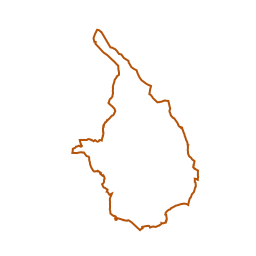 outline of Odorheiu Secuiesc, Harghita, Romania, rotated 258°
{"feature_id": "2599482B50966601311858", "entity_name": "Odorheiu Secuiesc", "entity_type": "district", "adm_level": 2, "iso_a3": "ROU", "parent_name": "Romania", "parent_adm1": "Harghita", "projection": "robinson", "projection_center": [25.322, 46.315], "detail": "fine", "context": "isolated", "style": "outline", "palette": "amber", "viewbox_px": 256, "rotation_deg": 258, "n_neighbors": 0, "source": "geoboundaries", "source_scale": "gbopen_adm2", "svg_char_len": 5685}
<svg xmlns="http://www.w3.org/2000/svg" viewBox="0 0 256 256"><g transform="rotate(258 128 128)"><path d="M230.5,118.2L226.5,115.1L223.3,113.1L222.9,113.0L222.6,112.9L221.9,112.9L220.4,113.1L219.3,113.0L218.8,114.3L217.8,113.9L217.0,114.0L216.9,113.8L216.7,113.9L213.0,116.2L207.8,119.2L206.6,120.1L203.5,123.0L198.6,126.3L196.8,127.6L195.6,128.5L192.3,130.4L191.0,131.4L187.3,130.8L185.3,130.8L183.9,130.7L182.8,130.4L182.1,130.3L181.7,130.0L181.1,128.2L180.5,127.9L180.2,127.3L179.3,126.6L178.6,125.8L177.6,124.8L177.3,124.7L176.2,124.3L174.4,123.3L173.8,122.9L172.7,122.3L171.6,122.0L170.6,121.5L170.0,121.6L166.9,120.7L165.8,120.7L165.0,120.5L163.9,120.0L163.4,119.7L162.2,119.4L161.8,119.0L161.2,118.4L160.8,117.8L160.4,117.4L160.3,116.9L160.0,116.4L159.4,115.9L159.2,115.7L158.3,115.2L157.7,115.0L157.3,114.8L156.6,114.1L156.1,114.3L155.2,114.9L154.8,115.4L154.1,115.7L152.5,117.1L151.2,117.8L150.8,118.0L150.3,118.4L149.0,119.0L148.0,118.8L147.2,119.1L146.8,118.9L146.5,118.6L145.7,118.1L145.3,117.5L144.2,116.9L143.6,116.2L143.4,115.7L143.4,114.9L142.8,114.0L141.0,111.6L140.8,111.3L140.8,110.9L140.5,110.5L140.0,110.0L139.6,109.4L139.9,109.0L138.4,107.8L138.3,107.5L138.3,106.9L137.5,106.3L136.4,105.2L135.5,105.0L135.5,104.4L134.8,104.2L134.6,104.4L133.8,104.3L133.2,103.5L132.0,103.3L130.9,103.0L129.9,103.1L129.3,102.7L128.8,102.9L128.1,103.0L127.4,102.6L126.8,102.4L126.4,102.2L125.6,102.0L125.4,101.6L125.0,101.6L124.6,101.4L123.2,100.5L121.2,99.7L121.7,98.9L122.0,98.2L122.1,97.7L121.9,97.3L121.3,96.8L121.0,96.2L120.9,95.6L121.2,95.0L121.6,94.5L123.0,93.3L122.3,91.8L122.5,91.7L122.9,90.9L123.5,90.1L123.8,89.7L123.9,89.8L124.3,89.3L124.7,88.5L124.9,88.3L125.2,87.5L125.4,86.6L125.3,86.3L125.0,85.8L124.9,85.5L125.0,84.2L125.2,83.4L125.5,82.7L125.6,81.4L125.8,80.7L126.2,79.2L126.3,78.3L125.4,78.3L124.1,78.4L123.4,78.4L121.5,78.6L121.0,78.7L120.1,79.2L119.7,78.9L119.5,78.2L119.7,77.7L119.8,77.5L120.7,76.7L120.9,75.8L120.6,75.2L120.5,74.3L120.6,73.6L120.5,73.2L120.1,72.8L119.8,72.5L119.5,71.7L119.5,71.4L119.4,71.0L119.0,70.1L119.1,69.7L117.2,69.2L115.2,68.4L114.4,71.7L114.1,72.8L114.2,74.8L114.0,77.5L113.4,78.4L113.3,79.7L110.7,80.9L109.3,81.5L108.9,82.1L108.2,83.5L107.7,83.7L107.0,83.8L104.3,83.4L103.7,83.4L102.7,83.6L100.7,83.4L98.6,83.6L96.9,83.9L93.4,85.1L92.5,85.9L92.4,86.6L92.3,88.4L91.9,89.0L92.4,89.6L90.2,91.8L90.0,91.2L88.6,91.5L88.6,92.1L87.3,92.5L87.2,93.0L86.8,93.7L86.2,93.6L86.0,94.0L86.1,93.9L86.5,94.1L86.3,94.2L85.8,94.4L83.9,94.7L83.2,94.6L83.1,94.3L82.7,94.0L79.8,93.1L79.3,92.6L78.9,92.0L78.5,91.6L78.4,91.0L76.5,91.3L74.9,91.8L74.3,92.9L72.2,94.9L71.9,95.2L70.2,94.0L70.1,94.4L69.5,94.8L68.9,95.1L68.2,95.3L66.6,95.9L66.7,96.6L67.2,98.6L65.4,97.4L64.3,96.6L62.6,95.6L61.0,95.2L59.1,95.1L58.7,94.9L58.3,94.7L56.9,94.5L53.9,93.9L52.4,93.3L50.6,93.4L49.3,93.2L48.2,93.1L47.8,93.1L45.5,95.1L44.3,96.5L44.6,96.8L43.9,97.6L42.8,97.9L42.5,97.9L42.0,98.0L41.7,97.5L42.3,97.3L42.3,97.2L41.9,96.5L41.0,96.7L41.1,97.1L40.9,97.4L40.6,97.5L40.8,98.0L41.3,98.1L41.5,98.1L41.9,99.2L41.3,100.2L38.7,105.0L38.6,104.9L38.0,106.6L37.6,107.3L37.5,107.8L37.5,108.2L37.7,108.6L37.6,109.4L34.9,112.0L25.6,118.5L26.5,119.9L26.8,121.4L27.5,121.4L27.9,121.2L28.2,121.2L28.3,121.9L28.3,123.9L28.3,125.0L28.2,126.3L28.2,126.6L28.1,127.4L27.9,127.9L27.7,128.4L26.1,128.9L26.3,129.3L26.2,129.6L26.3,130.2L26.5,131.1L26.4,131.3L26.3,131.6L26.3,132.1L26.3,132.5L26.1,133.1L25.8,133.6L25.6,134.1L25.5,134.6L25.5,135.0L26.2,137.6L26.0,138.0L26.5,139.1L26.7,139.4L27.2,140.6L27.5,140.9L28.0,141.0L27.9,141.1L27.4,143.0L27.7,144.0L27.6,145.3L28.0,145.4L28.2,145.5L28.2,145.4L29.3,145.9L29.1,146.2L30.8,147.0L35.2,147.3L35.6,146.5L36.5,147.0L37.3,147.3L38.0,148.2L38.8,149.4L39.6,151.1L39.5,152.1L40.3,153.2L40.5,153.2L41.2,155.7L41.7,157.4L42.0,158.2L42.1,158.9L42.1,160.2L42.6,164.5L42.3,165.8L42.4,166.2L42.5,166.7L41.8,168.8L41.5,169.3L41.2,169.8L40.2,170.9L43.5,172.3L46.4,173.9L46.5,174.1L46.8,174.4L46.9,174.9L50.0,176.8L51.5,179.0L53.0,179.9L55.9,181.3L56.1,181.7L56.6,182.1L57.3,182.4L57.9,182.4L60.6,182.7L61.2,182.2L61.5,182.1L64.2,182.8L64.5,182.8L64.3,183.5L63.9,184.2L63.0,185.2L63.3,185.3L63.1,185.6L64.4,185.9L65.6,186.5L66.8,186.4L71.9,187.6L72.2,187.0L73.1,186.2L74.2,184.7L74.5,184.9L75.1,184.2L76.0,183.6L77.9,184.3L77.7,184.5L81.7,186.2L82.0,186.0L82.2,185.7L82.4,185.7L83.5,184.6L84.3,184.0L85.4,183.7L86.3,183.1L86.9,182.4L88.5,181.7L89.3,181.8L90.0,181.5L90.5,181.4L90.9,181.4L91.3,181.5L91.6,181.7L92.5,181.8L94.2,181.8L95.9,182.5L97.7,182.7L98.6,183.3L98.7,182.9L99.0,182.8L100.7,183.0L101.6,183.0L102.9,182.8L103.3,182.7L104.4,182.3L105.1,182.3L106.9,182.2L108.3,181.8L109.3,181.9L110.4,181.9L110.6,181.8L111.7,181.5L113.8,181.3L114.6,181.2L115.2,181.0L117.2,181.0L117.8,180.0L117.3,179.7L119.4,178.1L119.9,177.9L122.5,177.5L127.9,175.2L128.2,174.5L128.6,174.1L129.0,173.8L129.7,173.6L130.0,173.3L130.3,173.1L131.5,172.5L132.3,172.5L132.5,172.4L133.1,172.5L134.5,172.2L135.1,172.0L136.0,172.1L136.5,172.2L137.0,172.7L137.4,172.8L137.6,173.0L138.4,173.4L139.5,173.2L146.1,173.1L146.8,170.6L147.0,170.5L147.2,169.9L147.2,169.7L147.3,169.4L147.3,169.2L147.1,168.9L147.1,168.1L147.0,167.6L146.8,166.4L146.8,164.9L146.9,164.6L146.8,164.0L146.9,163.4L147.0,162.1L151.8,158.8L152.2,158.6L152.9,158.4L155.5,157.2L156.7,155.9L159.5,157.1L161.0,157.6L164.3,159.3L165.0,158.4L165.7,157.2L166.7,156.0L167.8,154.8L171.9,151.2L174.7,149.9L177.3,149.2L180.5,148.6L182.7,148.4L184.4,146.2L186.8,144.0L192.0,142.3L193.6,142.4L197.3,138.5L201.3,136.8L202.4,134.5L206.0,133.0L207.8,131.8L208.0,131.4L209.7,129.5L210.5,127.6L227.5,121.9L227.8,121.5L227.7,121.5L228.5,120.9L229.4,120.3L229.9,119.4L230.5,118.2Z" fill="none" stroke="#b45309" stroke-width="2"/></g></svg>